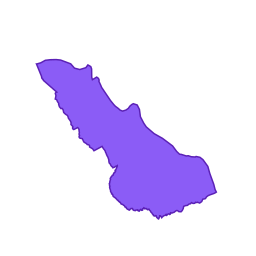 the district of Sene East, Brong Ahafo, Ghana, rotated 331°
{"feature_id": "2480657B21050367867823", "entity_name": "Sene East", "entity_type": "district", "adm_level": 2, "iso_a3": "GHA", "parent_name": "Ghana", "parent_adm1": "Brong Ahafo", "projection": "equal_earth", "projection_center": [-0.307, 7.665], "detail": "fine", "context": "isolated", "style": "filled", "palette": "violet", "viewbox_px": 256, "rotation_deg": 331, "n_neighbors": 0, "source": "geoboundaries", "source_scale": "gbopen_adm2", "svg_char_len": 5370}
<svg xmlns="http://www.w3.org/2000/svg" viewBox="0 0 256 256"><g transform="rotate(331 128 128)"><path d="M144.3,124.2L147.0,117.3L147.2,112.3L144.4,109.3L142.6,109.3L140.2,109.8L137.8,111.0L134.9,111.3L131.5,110.6L129.8,108.6L129.0,106.2L127.5,102.9L126.9,100.6L126.0,95.5L124.6,79.6L124.8,78.2L125.2,73.0L126.0,72.1L126.2,70.3L125.3,68.3L120.3,68.5L120.9,66.0L124.8,58.7L125.2,56.2L123.5,53.4L120.4,54.8L114.2,53.5L110.2,49.7L109.0,44.1L102.0,35.9L98.3,33.3L93.1,30.6L88.5,28.7L83.3,28.7L79.4,27.8L79.0,27.6L77.4,40.9L77.2,41.3L77.1,41.5L77.1,42.0L76.9,42.3L76.8,42.9L77.1,44.2L77.3,44.3L77.3,44.5L77.2,44.8L77.1,45.4L83.1,62.1L82.0,62.0L81.5,62.2L81.1,62.6L80.9,63.8L80.6,64.9L78.4,67.4L79.2,68.4L79.3,68.9L79.3,69.6L79.1,70.4L79.3,72.7L79.2,73.3L78.8,73.7L78.3,76.2L78.8,78.6L79.3,78.6L79.9,79.0L80.1,80.4L79.3,83.2L79.6,84.4L80.1,85.8L81.1,87.6L81.1,88.7L80.6,90.6L80.9,92.8L81.0,94.1L80.9,95.3L80.6,96.1L79.8,97.3L79.9,97.7L80.2,98.7L80.2,99.1L80.4,99.5L80.3,100.4L79.8,100.7L79.4,101.3L79.4,102.3L79.6,102.9L80.2,103.1L84.2,103.2L84.3,103.7L84.5,104.3L84.5,104.6L84.4,105.0L84.4,106.0L83.9,106.5L83.6,107.3L83.4,108.2L83.2,108.4L82.9,108.8L82.2,109.6L82.1,110.5L82.0,111.1L81.9,111.2L81.5,111.3L80.9,112.0L80.8,112.6L80.8,113.0L81.2,113.8L82.9,115.2L82.8,115.7L82.8,116.5L82.7,117.1L82.6,118.8L83.0,119.5L83.2,120.0L83.7,120.8L84.1,121.5L84.3,122.7L85.5,123.7L85.7,124.1L85.8,124.7L85.2,126.0L87.0,129.1L87.2,131.4L96.4,131.5L96.5,134.4L96.7,135.1L96.8,135.5L96.9,137.1L96.6,138.3L96.6,139.5L96.3,141.0L96.4,141.3L96.2,142.1L96.3,143.6L95.8,146.4L95.5,147.1L94.9,148.4L94.6,149.7L95.0,150.9L94.9,151.8L94.9,152.9L95.2,154.1L95.6,154.5L95.5,155.5L96.3,155.6L97.2,155.7L97.7,155.6L98.5,155.6L98.9,155.6L99.9,155.8L100.4,155.7L100.3,156.0L99.6,156.7L99.0,157.0L98.2,157.8L97.1,158.5L96.4,159.2L96.3,159.4L96.2,159.3L96.2,159.5L95.9,159.6L95.5,159.9L95.3,160.2L94.8,160.6L94.6,160.6L94.3,160.5L94.2,160.4L93.7,160.6L93.1,161.0L92.7,161.6L92.4,161.9L92.2,162.0L91.8,161.8L91.7,161.9L91.3,161.8L91.0,162.1L90.8,162.1L90.2,162.4L89.9,162.6L89.4,162.6L89.0,163.0L88.1,163.4L87.9,163.7L87.9,163.9L87.8,164.0L87.8,164.4L87.8,164.5L87.4,164.8L87.2,165.0L86.1,166.1L85.9,166.5L85.7,166.7L85.5,166.9L84.9,167.6L84.6,167.7L84.6,168.0L84.2,168.9L84.0,169.5L84.0,169.9L83.9,169.9L83.9,170.1L83.5,170.5L83.3,170.7L83.3,170.9L83.0,171.4L82.9,172.0L82.7,172.6L82.7,172.8L82.6,173.7L82.4,174.3L82.1,174.7L82.0,175.4L82.0,176.5L82.2,177.0L81.7,177.6L81.8,177.9L82.3,178.4L82.3,179.1L82.1,179.6L82.0,180.1L81.9,180.4L82.0,180.9L82.5,181.9L82.6,182.2L82.8,182.3L83.0,183.0L83.2,183.3L83.2,183.7L83.4,183.9L83.4,184.4L83.5,184.6L83.7,185.6L83.7,185.8L83.8,185.9L84.1,186.8L84.3,186.8L84.3,187.4L84.3,187.7L84.4,188.0L84.6,188.2L84.7,188.7L84.8,188.7L84.8,188.9L85.1,189.2L85.2,189.5L85.1,190.0L85.2,190.6L85.1,191.0L85.5,191.5L85.8,191.9L86.0,192.0L86.3,192.2L86.5,192.8L86.5,193.2L87.1,194.0L87.1,194.4L87.2,194.7L87.1,195.6L87.3,195.7L87.4,196.0L87.7,196.1L87.8,196.2L87.8,196.5L87.9,197.0L87.7,197.4L87.7,197.6L87.8,197.8L87.9,198.0L88.1,198.7L88.4,199.0L88.6,199.1L88.7,199.3L88.7,199.5L89.1,200.0L89.2,200.4L89.4,200.5L89.6,200.5L89.9,200.4L90.1,200.1L90.6,200.1L90.9,200.1L91.1,200.0L91.3,200.0L91.5,199.9L91.6,200.0L91.9,200.0L92.1,200.3L92.6,200.5L92.9,200.6L92.7,202.0L92.9,202.2L93.1,202.4L93.1,202.8L93.3,202.9L93.5,203.1L93.8,203.4L94.2,203.8L94.7,203.8L95.0,203.6L95.5,203.7L96.2,204.3L96.7,204.2L96.8,204.4L96.6,204.6L96.5,204.9L97.0,205.3L97.4,205.4L97.5,205.5L97.5,205.9L97.4,206.1L97.6,206.2L97.8,206.1L98.0,205.9L98.0,205.7L98.4,205.7L98.5,205.6L98.8,205.6L99.2,205.4L99.6,205.3L99.8,205.4L99.8,206.1L100.0,206.6L100.3,206.7L100.5,206.7L100.5,206.8L100.9,206.9L101.0,206.8L101.1,206.5L101.6,205.8L101.9,205.9L103.0,205.5L103.1,206.3L103.4,206.2L103.4,206.3L103.5,206.6L103.7,206.9L104.2,207.0L104.4,207.2L104.6,207.1L104.8,207.4L105.1,207.5L105.0,207.8L105.1,208.0L105.4,208.9L105.9,209.1L106.1,208.9L106.5,209.0L107.0,209.1L107.1,209.3L107.0,209.6L107.0,210.0L107.0,210.3L107.1,210.6L107.2,211.0L107.4,211.5L107.3,212.1L107.3,212.8L107.5,213.4L107.7,213.9L107.7,215.2L108.1,216.0L108.1,216.6L107.8,216.8L107.8,217.0L108.1,217.2L108.7,218.0L109.3,218.1L109.7,218.1L109.9,218.1L110.0,218.2L109.9,218.4L109.9,218.8L109.9,219.0L109.8,220.3L110.0,220.6L110.5,222.3L110.9,222.3L111.9,221.4L113.0,220.6L113.2,220.1L113.8,220.5L114.0,221.3L114.0,222.3L114.0,222.8L115.0,222.4L115.9,222.3L116.1,222.1L116.3,222.1L117.0,222.1L117.9,222.4L118.8,222.5L119.2,222.0L119.3,222.0L119.3,222.7L119.4,223.2L119.7,223.2L120.3,222.6L120.9,222.8L121.3,222.8L121.7,222.7L122.0,222.8L122.2,223.0L122.5,223.5L122.6,223.9L122.8,223.9L123.3,223.8L123.9,222.9L124.2,222.7L124.5,222.9L125.1,223.7L126.2,223.8L127.4,224.1L128.9,223.8L130.4,223.7L131.3,224.3L131.9,225.8L133.0,226.5L133.8,227.0L135.4,226.5L137.3,225.2L138.7,223.5L140.7,223.8L142.5,224.5L144.5,224.1L146.0,224.6L147.3,224.0L148.3,225.5L149.9,226.2L151.0,225.7L152.1,226.6L152.8,226.6L154.3,228.4L156.8,228.1L158.9,226.5L160.3,227.0L161.5,227.3L163.3,226.3L165.3,226.0L167.2,226.2L171.3,226.9L173.3,227.0L174.2,226.9L174.3,224.1L175.7,218.8L177.5,207.4L179.2,200.3L178.2,192.0L176.7,188.5L173.7,185.9L172.8,186.0L169.4,183.8L167.3,181.5L165.4,180.7L161.7,176.8L160.4,176.0L159.2,172.1L158.3,165.3L153.1,153.7L148.1,145.6L144.5,135.9L144.1,131.4L144.2,128.4L144.3,124.2Z" fill="#8b5cf6" stroke="#5b21b6" stroke-width="1.5"/></g></svg>